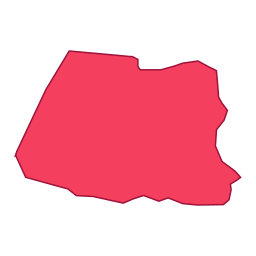 the district of Ödeshög, Östergötland, Sweden
{"feature_id": "70781695B38762641138003", "entity_name": "Ödeshög", "entity_type": "district", "adm_level": 2, "iso_a3": "SWE", "parent_name": "Sweden", "parent_adm1": "Östergötland", "projection": "natural_earth1", "projection_center": [14.746, 58.253], "detail": "fine", "context": "isolated", "style": "filled", "palette": "rose", "viewbox_px": 256, "rotation_deg": 0, "n_neighbors": 0, "source": "geoboundaries", "source_scale": "gbopen_adm2", "svg_char_len": 682}
<svg xmlns="http://www.w3.org/2000/svg" viewBox="0 0 256 256"><path d="M240.6,177.4L235.1,171.2L222.0,161.5L215.4,146.0L216.5,129.7L224.1,120.1L227.4,110.4L221.9,103.1L221.6,102.5L218.6,97.1L217.5,82.4L216.4,70.6L208.8,66.9L198.3,61.2L197.9,61.0L182.6,63.2L173.9,66.2L160.8,69.8L140.0,69.8L137.9,66.2L137.9,59.5L132.2,56.5L131.9,56.7L69.2,51.0L45.9,89.6L16.8,151.4L15.4,155.7L15.7,155.5L25.7,177.3L57.9,186.2L67.9,188.9L76.3,195.6L93.3,196.5L101.9,198.4L105.9,199.3L123.3,203.1L133.1,198.9L143.6,195.5L159.0,201.2L168.1,197.9L182.8,203.6L197.5,205.0L223.4,204.6L229.0,199.8L231.1,189.8L230.4,184.1L237.4,179.8L240.6,177.4Z" fill="#f43f5e" stroke="#9f1239" stroke-width="1.5"/></svg>